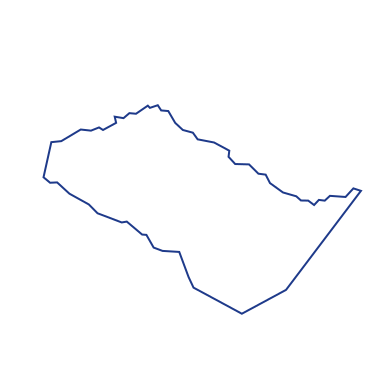 the district of San Augustine, Texas, United States of America, rotated 119°
{"feature_id": "52423323B87261257392916", "entity_name": "San Augustine", "entity_type": "district", "adm_level": 2, "iso_a3": "USA", "parent_name": "United States of America", "parent_adm1": "Texas", "projection": "equal_earth", "projection_center": [-94.22, 31.376], "detail": "fine", "context": "isolated", "style": "outline", "palette": "blue", "viewbox_px": 384, "rotation_deg": 119, "n_neighbors": 0, "source": "geoboundaries", "source_scale": "gbopen_adm2", "svg_char_len": 838}
<svg xmlns="http://www.w3.org/2000/svg" viewBox="0 0 384 384"><g transform="rotate(119 192 192)"><path d="M137.9,272.5L150.7,278.9L153.4,285.0L160.6,287.7L163.6,296.1L168.3,291.9L180.9,299.9L180.6,304.6L187.3,310.1L191.3,319.6L210.9,331.0L216.6,339.2L251.1,329.0L252.7,320.6L249.0,314.6L252.9,298.4L252.9,276.2L256.4,264.3L252.7,238.7L249.5,234.7L253.4,215.0L251.6,211.1L259.2,198.6L257.8,189.2L250.6,174.1L268.1,153.7L274.9,144.3L274.3,89.4L232.0,62.3L109.1,44.8L110.6,52.6L121.9,55.3L128.5,69.5L135.2,71.7L137.4,77.2L144.2,78.9L143.2,86.2L146.6,92.6L145.2,98.7L148.3,112.2L146.4,128.1L141.1,136.0L143.8,142.8L140.2,155.5L146.6,167.8L143.5,177.1L137.8,179.4L138.0,196.7L143.2,212.6L139.7,220.0L142.2,230.1L139.7,240.2L132.7,252.0L135.6,258.5L132.7,264.0L138.8,269.6L137.9,272.5Z" fill="none" stroke="#1e3a8a" stroke-width="2"/></g></svg>